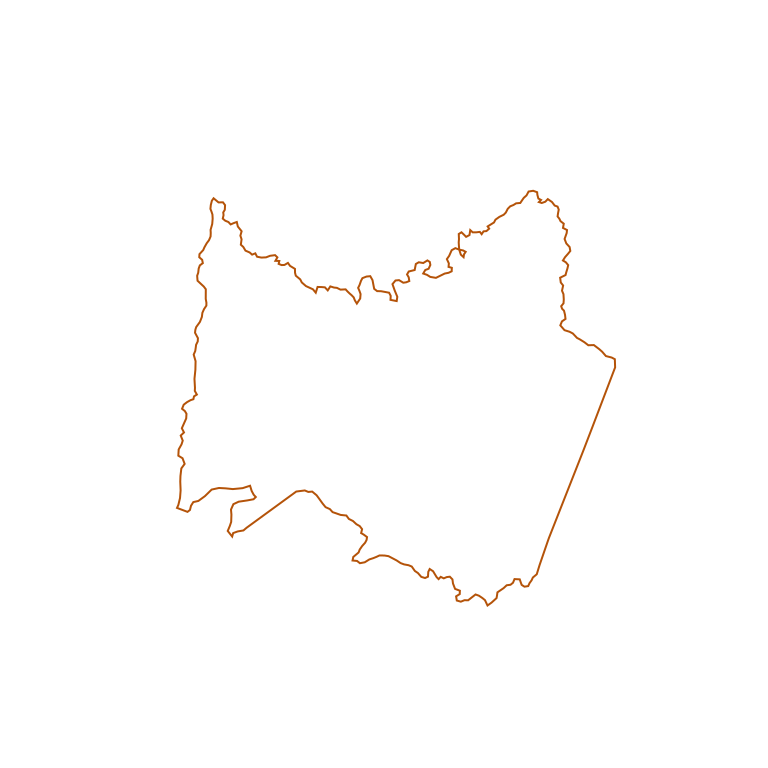 Pontalina, Goiás, Brazil, rotated 58°
{"feature_id": "56859067B14800214283201", "entity_name": "Pontalina", "entity_type": "district", "adm_level": 2, "iso_a3": "BRA", "parent_name": "Brazil", "parent_adm1": "Goiás", "projection": "albers", "projection_center": [-49.587, -17.537], "detail": "fine", "context": "isolated", "style": "outline", "palette": "amber", "viewbox_px": 768, "rotation_deg": 58, "n_neighbors": 0, "source": "geoboundaries", "source_scale": "gbopen_adm2", "svg_char_len": 5134}
<svg xmlns="http://www.w3.org/2000/svg" viewBox="0 0 768 768"><g transform="rotate(58 384 384)"><path d="M523.2,499.4L525.0,494.8L525.0,489.4L526.0,485.4L526.6,482.0L527.0,478.7L529.7,474.5L532.4,471.4L540.3,466.8L544.7,464.8L547.6,462.6L550.7,459.2L553.5,457.2L558.9,456.9L562.3,455.4L567.3,454.6L570.3,452.0L570.7,448.8L566.8,446.0L565.1,443.3L568.8,441.6L575.7,441.7L578.4,441.1L577.6,438.1L580.5,436.3L581.0,433.1L582.3,430.3L586.0,429.5L589.7,431.2L595.4,432.3L599.5,429.2L602.3,431.1L602.3,435.4L606.2,437.0L609.3,434.2L610.0,430.3L612.0,427.3L611.0,417.9L613.8,415.7L617.6,414.0L620.8,412.9L626.7,413.6L626.4,408.7L625.2,402.0L623.2,400.2L620.8,398.2L620.5,390.8L619.7,386.6L621.3,383.1L620.9,379.9L618.6,376.7L621.6,372.4L624.5,373.1L627.3,373.7L630.3,372.3L631.8,368.8L630.0,366.1L628.7,362.9L627.0,360.3L626.3,355.3L619.9,347.9L605.8,330.5L604.1,328.4L602.1,325.9L546.3,250.5L530.5,229.5L492.4,179.2L485.3,175.1L482.2,176.9L477.9,181.0L472.2,181.9L468.5,183.0L462.2,185.4L459.4,190.2L454.8,191.9L449.7,194.4L447.2,195.9L441.2,197.1L438.1,198.9L434.0,202.4L427.7,203.4L425.2,199.9L425.0,195.6L421.2,193.8L417.2,192.5L414.6,193.1L411.9,192.5L410.7,189.0L407.5,186.7L402.9,184.2L399.2,183.6L395.4,179.9L391.6,180.3L387.2,178.3L387.8,172.3L385.9,170.3L383.3,167.3L380.8,164.8L377.1,165.3L374.1,166.8L372.4,163.3L371.1,159.0L369.9,155.5L366.2,154.0L361.4,154.9L356.7,154.0L352.8,149.1L350.4,147.2L346.5,149.5L343.3,146.6L339.5,148.0L336.7,147.7L333.9,148.0L331.4,145.9L328.7,143.4L325.5,142.8L323.1,144.7L318.7,145.1L314.0,147.1L314.9,150.6L314.1,154.3L311.8,156.2L311.1,153.3L308.5,154.8L304.9,153.7L302.5,152.5L299.2,155.1L297.4,159.4L299.6,163.2L300.2,166.8L301.4,169.6L302.7,172.5L300.8,176.2L300.8,179.4L300.2,182.8L301.0,186.2L303.2,189.9L303.9,192.8L303.4,197.6L303.7,202.4L305.3,205.1L305.3,209.2L305.3,212.6L308.0,212.5L308.6,216.1L307.3,218.7L308.7,221.8L305.8,222.1L304.3,225.3L302.4,228.4L299.2,229.3L303.0,232.6L302.7,236.4L299.9,237.0L296.4,237.9L296.4,241.1L300.8,243.6L303.5,245.6L306.8,247.4L309.9,249.0L306.6,251.5L306.4,255.7L309.9,260.9L311.4,264.5L316.1,265.1L318.9,267.2L321.4,264.9L324.3,266.9L323.9,270.3L322.5,274.0L322.1,278.0L321.5,283.7L317.7,288.0L314.2,289.7L311.1,292.2L309.2,288.6L309.9,285.1L307.6,281.6L304.8,280.5L302.2,281.7L302.2,286.6L299.2,290.0L299.1,293.4L303.6,297.6L301.7,303.4L303.3,306.4L306.6,306.5L310.1,308.0L309.5,311.3L308.3,314.0L303.9,316.2L302.3,319.4L303.8,323.9L310.5,325.4L317.1,326.5L320.4,329.3L316.1,333.9L312.8,331.6L309.3,331.3L306.7,334.1L303.7,337.4L301.6,340.6L298.1,341.9L294.7,340.6L289.8,338.7L285.3,338.5L283.6,341.9L282.8,346.2L284.3,348.8L287.1,352.3L288.8,355.0L291.6,355.4L295.3,356.2L298.9,358.9L301.4,364.4L297.7,364.4L294.5,363.8L291.6,364.4L289.0,365.2L286.2,365.9L283.4,366.4L280.9,370.9L277.5,373.0L275.7,375.3L272.8,377.8L274.8,382.1L270.7,382.9L268.7,385.6L266.5,388.9L270.4,393.5L266.0,394.1L262.5,396.4L259.6,398.3L254.3,399.9L250.9,399.6L245.4,401.4L242.5,400.5L239.2,398.5L234.0,401.1L230.4,401.3L230.3,405.3L228.9,407.8L226.3,409.7L224.2,407.6L222.0,410.8L220.1,407.3L217.0,408.1L214.9,412.7L214.1,416.9L211.8,421.0L208.8,424.2L205.0,423.9L204.4,427.3L201.3,428.2L197.5,430.8L193.2,430.7L190.0,431.6L185.8,428.1L182.1,427.2L179.0,423.8L173.0,424.5L168.6,423.0L167.9,426.2L167.4,429.5L164.2,430.1L161.4,432.1L158.3,433.1L155.8,430.6L153.3,429.4L151.9,426.7L148.1,424.0L144.6,424.3L142.3,428.1L136.2,430.1L137.4,432.9L140.4,436.0L143.5,438.4L146.6,439.0L149.4,439.7L153.0,441.7L157.3,444.9L161.4,449.4L164.1,450.9L167.0,452.9L169.3,456.2L170.7,459.8L173.0,464.0L174.6,466.3L176.1,471.7L178.6,473.5L182.3,472.4L185.5,473.6L185.8,477.3L187.9,480.0L191.2,482.6L193.2,485.1L197.6,487.4L202.5,486.1L205.8,485.2L209.2,484.9L212.5,487.0L217.4,490.1L220.9,491.5L223.4,493.1L225.1,496.9L227.4,500.3L230.6,502.9L233.8,507.2L236.2,513.1L238.0,515.2L240.4,517.1L246.5,517.5L249.2,519.4L251.2,522.6L253.3,524.3L256.0,526.6L258.2,529.8L264.8,531.7L272.1,536.5L279.2,542.0L287.0,546.3L289.6,548.1L293.8,548.3L293.8,551.7L295.9,553.7L295.2,556.6L295.0,560.7L295.4,564.8L298.0,568.4L301.5,567.2L304.6,567.3L308.4,570.0L314.4,578.9L319.1,579.3L320.0,583.7L325.4,584.7L327.9,587.7L330.7,592.8L335.8,596.4L340.2,594.2L346.1,595.4L348.2,600.6L354.2,605.4L358.8,608.5L366.5,612.9L372.6,617.4L377.6,622.5L379.4,625.2L388.3,618.4L388.0,615.3L385.0,612.2L383.1,608.3L384.8,603.4L384.2,595.3L382.2,586.1L384.7,579.1L388.5,573.7L393.0,567.9L397.4,559.1L399.3,551.5L404.6,552.9L408.9,553.2L411.9,552.6L412.6,555.7L410.3,561.6L406.8,569.6L406.1,575.4L409.4,580.3L413.9,582.6L420.0,586.7L422.7,590.0L425.8,594.4L432.9,593.6L430.5,590.9L431.5,586.2L433.7,580.8L433.1,576.7L428.7,515.4L432.3,507.6L435.4,505.4L437.2,501.9L442.7,500.1L446.8,499.8L452.9,499.4L457.5,498.8L461.4,496.2L465.4,495.5L468.6,492.9L472.1,490.1L475.6,485.6L479.8,485.3L483.8,482.9L488.3,481.7L491.6,479.9L495.5,479.5L498.3,482.4L501.0,481.0L504.8,479.5L507.0,481.4L508.6,484.1L509.8,488.3L511.5,492.3L513.4,494.8L514.4,501.7L517.0,504.2L519.8,500.6L523.2,499.4ZM309.9,249.0L312.7,246.1L315.2,244.7L316.4,247.4L318.6,249.3L315.0,250.3L309.9,249.0Z" fill="none" stroke="#b45309" stroke-width="2"/></g></svg>